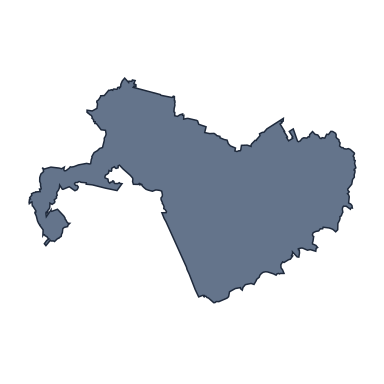 Tancoco, Veracruz, Mexico (Albers equal-area conic projection), rotated 184°
{"feature_id": "50627088B65767533460157", "entity_name": "Tancoco", "entity_type": "district", "adm_level": 2, "iso_a3": "MEX", "parent_name": "Mexico", "parent_adm1": "Veracruz", "projection": "albers", "projection_center": [-97.748, 21.267], "detail": "fine", "context": "isolated", "style": "filled", "palette": "slate", "viewbox_px": 384, "rotation_deg": 184, "n_neighbors": 0, "source": "geoboundaries", "source_scale": "gbopen_adm2", "svg_char_len": 6010}
<svg xmlns="http://www.w3.org/2000/svg" viewBox="0 0 384 384"><g transform="rotate(184 192 192)"><path d="M157.5,84.5L149.6,88.6L148.2,90.1L147.6,95.1L142.1,98.7L137.1,100.0L136.8,98.9L135.0,97.6L134.5,100.3L132.3,103.3L126.7,104.9L123.7,104.1L121.7,108.2L121.5,109.3L119.0,111.7L118.5,113.7L117.1,115.5L115.4,116.9L112.9,117.6L110.9,117.5L105.2,116.1L102.3,114.9L101.4,116.4L100.0,116.8L99.0,116.4L98.1,116.9L94.5,117.2L96.2,120.6L97.9,122.6L98.3,125.7L96.7,128.6L95.3,128.1L90.9,131.2L89.2,131.8L87.1,135.2L88.3,135.4L87.3,137.8L87.5,139.2L82.6,134.6L80.9,134.5L80.5,138.7L80.9,141.5L81.8,141.8L82.0,142.8L79.3,143.7L77.6,143.7L72.8,142.0L70.0,142.8L64.4,141.5L64.2,144.5L62.8,145.4L64.7,147.4L68.1,148.6L68.3,149.8L67.9,151.2L67.5,156.1L68.3,156.5L68.9,157.6L68.4,159.6L67.7,160.2L65.7,161.3L62.9,162.0L61.5,164.2L59.1,164.4L58.7,166.0L52.7,165.7L50.1,165.0L48.6,164.4L45.9,162.3L44.0,164.5L44.3,170.8L42.9,174.0L42.5,175.9L42.7,177.8L41.4,178.6L40.7,181.2L40.1,182.3L40.8,185.3L40.7,186.8L39.9,188.4L37.2,188.6L32.8,185.9L32.6,186.7L31.7,187.3L30.9,187.2L31.5,189.7L32.9,191.1L35.0,192.0L34.8,198.2L35.5,200.0L36.8,201.2L35.6,202.3L35.2,203.2L36.5,204.4L36.9,205.7L33.2,210.9L32.7,215.7L31.1,218.1L31.4,220.4L30.8,223.3L31.0,225.0L31.8,225.1L31.8,225.9L30.2,227.5L31.8,231.8L31.4,234.8L32.5,235.2L32.7,237.9L33.6,238.6L33.6,239.5L32.6,241.4L32.8,242.2L37.1,245.5L39.1,246.2L40.9,245.6L43.4,245.8L44.5,246.8L45.9,246.7L48.0,248.2L47.7,251.3L48.8,252.7L49.1,254.4L51.1,255.6L52.1,256.8L52.2,259.2L52.9,260.6L55.9,262.2L57.7,262.2L59.8,258.9L61.7,259.0L63.3,255.0L66.0,255.3L66.7,254.4L67.8,254.4L70.5,257.7L73.2,258.1L76.0,260.7L78.6,257.5L78.7,255.2L79.9,255.2L81.2,253.8L84.2,253.9L85.8,253.1L87.7,250.4L89.4,249.6L90.3,250.1L95.4,262.0L99.2,259.2L95.4,254.1L96.0,253.6L95.3,252.6L99.2,249.8L101.4,252.9L100.6,253.5L104.4,258.7L103.9,259.0L108.9,266.0L107.0,267.4L107.8,268.5L106.0,269.0L106.0,271.8L121.7,260.2L124.4,256.6L126.0,256.4L128.7,254.8L128.1,252.9L131.0,249.1L131.5,247.9L132.6,248.0L135.8,244.2L136.4,242.9L136.3,241.6L140.2,242.6L145.9,242.0L146.3,237.3L146.8,236.5L148.2,236.4L150.0,235.5L151.3,235.8L152.1,236.0L151.7,238.9L157.0,240.7L159.2,242.8L160.6,246.2L163.6,246.6L167.9,248.1L168.0,249.4L171.3,250.0L172.3,251.0L174.1,252.0L178.6,251.5L183.5,252.2L182.5,258.0L190.0,260.0L191.4,263.3L192.5,263.8L200.8,265.1L201.9,265.1L205.4,264.1L205.5,268.0L206.8,267.8L206.8,269.2L209.4,268.2L211.9,266.4L214.6,266.9L214.7,270.2L215.6,270.7L215.6,274.1L215.1,277.2L215.5,279.6L215.2,280.1L215.4,281.7L215.9,281.8L216.2,286.0L217.0,286.3L217.6,286.0L217.4,285.3L218.7,284.9L229.7,286.3L230.4,287.0L258.0,292.3L257.1,293.7L255.3,293.4L255.4,295.1L257.6,295.9L256.5,299.2L259.3,299.6L259.8,298.2L262.6,298.2L262.8,296.8L267.1,300.9L269.3,297.9L270.5,294.4L270.5,292.0L271.4,290.9L271.5,291.6L273.5,291.0L273.6,289.9L274.1,289.2L277.2,289.3L278.0,288.7L278.2,287.9L279.6,288.4L281.3,287.6L282.2,287.7L286.2,282.1L289.8,281.6L290.0,280.4L291.8,277.2L293.1,276.3L293.3,275.1L292.6,273.9L292.4,272.5L292.7,268.8L297.2,265.9L302.4,266.3L302.3,264.3L301.7,264.2L301.2,263.3L300.7,263.3L299.7,262.3L297.7,261.3L296.7,259.6L297.0,258.7L295.3,257.3L295.0,255.4L293.5,255.3L293.7,253.6L292.1,253.5L287.0,247.7L282.6,247.5L281.7,243.7L282.3,241.4L283.3,239.6L283.1,237.4L284.4,230.1L287.2,229.0L289.2,226.7L292.4,224.5L294.4,220.3L294.1,219.2L294.7,217.6L295.1,213.2L296.2,212.8L299.1,213.2L307.2,211.1L311.5,209.1L313.8,208.5L315.2,208.6L316.1,207.2L319.1,204.6L320.0,204.3L320.8,204.3L321.5,205.6L321.1,207.9L323.7,206.1L326.2,206.6L334.5,207.0L341.0,204.6L343.1,205.8L342.0,204.3L341.5,202.0L344.0,199.4L344.9,195.8L344.7,192.0L343.6,189.7L343.6,188.1L342.7,184.9L343.0,184.2L344.3,184.3L343.5,181.8L347.9,181.2L347.9,180.8L349.9,180.3L352.0,179.0L351.6,177.6L353.5,175.1L352.7,173.8L353.6,173.5L353.8,170.2L353.5,169.0L352.1,170.4L351.0,170.9L350.3,167.0L349.7,166.8L346.4,162.3L346.5,160.8L347.2,160.9L347.3,160.2L345.7,157.3L344.1,152.4L342.6,149.6L341.4,148.6L341.6,148.2L337.9,143.9L337.7,138.2L337.2,139.1L336.2,139.1L335.6,138.2L333.3,137.1L332.7,136.0L331.4,135.2L333.5,133.6L335.7,130.1L334.0,128.3L330.0,133.9L329.1,133.3L326.7,133.5L325.7,133.0L322.8,136.2L321.6,136.5L321.5,137.0L319.4,138.6L319.2,140.9L318.5,142.3L318.3,146.5L316.9,147.8L313.7,148.8L313.4,150.3L311.8,152.2L313.3,152.2L314.4,153.0L316.0,155.5L316.6,156.0L316.9,157.3L318.2,159.1L325.0,165.4L330.6,162.9L331.4,163.5L331.4,164.2L335.6,157.2L336.3,160.8L334.8,161.0L334.7,161.8L336.6,161.8L335.0,161.8L335.1,162.5L334.4,162.9L334.6,163.5L333.1,165.5L332.8,167.1L332.9,171.0L330.7,169.9L328.4,171.7L328.1,172.8L328.9,174.5L326.7,176.6L327.0,178.2L326.2,179.4L326.8,180.8L326.8,182.3L325.4,184.5L324.6,186.7L324.5,189.7L321.5,185.7L320.8,185.7L314.8,188.7L308.9,185.1L306.8,186.3L305.9,188.3L305.9,189.3L307.1,190.6L308.6,190.4L309.8,191.9L309.0,193.3L306.8,193.5L305.7,194.5L304.6,194.5L303.4,193.9L298.1,193.8L298.1,192.4L292.0,192.2L278.6,189.8L266.9,188.2L262.4,195.4L264.5,195.6L265.2,196.2L266.7,195.2L269.6,195.1L270.4,195.8L270.6,196.9L271.2,197.5L272.0,197.5L272.5,196.4L273.7,196.2L274.7,195.1L275.5,195.7L276.3,196.9L276.7,199.0L279.7,200.0L280.0,200.8L279.5,202.8L277.8,203.9L276.6,205.1L276.3,207.6L275.5,207.2L273.9,207.1L273.6,207.9L273.8,210.0L271.2,211.8L270.2,210.6L269.4,210.2L267.4,211.0L267.5,212.9L266.2,213.7L262.4,210.2L254.7,204.3L252.3,201.9L251.9,200.7L252.0,198.2L251.0,195.6L246.1,195.8L245.2,196.9L244.7,196.8L244.8,196.0L244.4,195.4L243.5,196.3L242.5,196.0L242.4,195.0L240.4,193.2L238.1,191.5L235.7,190.8L231.5,190.0L228.3,191.5L226.5,191.5L224.1,191.3L222.3,190.7L221.3,187.1L221.4,185.5L222.5,183.9L222.3,182.1L220.8,179.5L220.8,178.4L219.9,177.6L218.9,175.5L219.0,173.4L217.5,172.6L216.1,170.6L216.3,169.6L220.6,169.2L217.9,163.6L215.9,160.6L192.3,116.7L191.5,114.3L189.1,110.0L182.0,94.9L178.0,87.8L174.2,89.6L172.7,89.6L173.0,88.6L172.5,88.2L171.7,89.0L170.7,88.9L169.7,87.8L168.2,87.4L162.6,83.1L161.5,83.2L160.1,84.4L157.5,84.5Z" fill="#64748b" stroke="#1e293b" stroke-width="1.5"/></g></svg>